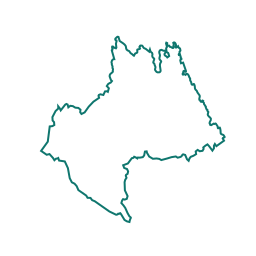 Qostanay, Equal Earth projection, rotated 73°
{"feature_id": "KAZ-3196", "entity_name": "Qostanay", "entity_type": "Region", "adm_level": 1, "iso_a3": "KAZ", "parent_name": "Kazakhstan", "parent_adm1": "", "projection": "equal_earth", "projection_center": [62.901, 51.427], "detail": "fine", "context": "isolated", "style": "outline", "palette": "teal", "viewbox_px": 256, "rotation_deg": 73, "n_neighbors": 0, "source": "natural_earth", "source_scale": "10m", "svg_char_len": 5535}
<svg xmlns="http://www.w3.org/2000/svg" viewBox="0 0 256 256"><g transform="rotate(73 128 128)"><path d="M165.7,40.5L168.2,39.9L171.2,48.8L168.7,49.6L170.1,51.0L172.6,51.8L174.3,53.9L169.2,55.7L166.9,56.8L167.5,59.1L168.6,61.7L170.1,61.8L171.6,63.4L171.2,66.2L169.3,67.8L170.2,70.1L172.9,70.5L173.7,73.6L173.9,76.4L175.1,78.1L177.1,79.6L175.2,80.7L170.5,81.2L169.3,83.0L169.7,84.0L170.4,84.7L171.0,86.0L171.0,87.2L170.9,89.2L169.2,90.6L168.6,94.9L168.6,99.4L168.4,105.5L166.7,107.1L165.5,109.6L164.7,113.2L161.5,116.1L157.3,117.1L155.8,117.0L155.5,118.7L159.0,120.6L160.2,122.4L159.8,125.4L159.4,126.4L159.1,127.5L159.8,128.0L159.2,128.6L158.3,129.3L157.3,130.5L158.1,131.5L158.0,133.2L161.9,138.5L162.2,143.5L165.1,143.3L167.0,140.9L169.6,140.6L171.7,141.8L172.2,143.5L173.0,144.1L175.2,144.0L176.7,145.8L178.8,147.1L186.7,149.2L193.0,148.3L195.4,149.9L195.5,152.1L194.6,153.5L195.6,154.8L197.8,156.3L200.6,155.0L203.6,154.0L209.2,153.3L212.8,152.5L214.4,151.5L215.1,151.8L216.1,152.8L218.3,154.1L217.0,156.3L214.9,158.2L208.5,159.8L207.2,160.3L207.2,161.3L207.5,161.8L207.1,162.5L207.6,163.3L207.5,164.7L202.4,170.2L188.3,181.2L186.5,183.4L183.9,184.3L182.9,187.1L180.4,187.7L172.9,193.6L168.5,194.1L165.6,195.4L163.5,197.6L158.9,198.4L148.8,197.2L141.5,198.2L139.0,203.4L136.3,203.5L136.5,204.3L136.3,205.8L137.3,207.8L134.7,208.5L130.0,210.7L129.8,213.6L124.5,217.8L117.6,208.7L103.6,202.4L104.1,199.7L103.6,197.6L100.8,197.0L98.8,197.9L95.5,197.1L90.6,192.3L89.0,189.0L86.9,188.4L89.3,187.5L91.5,187.2L87.3,181.2L87.0,179.9L87.9,178.9L90.8,179.0L89.9,176.7L91.0,174.3L93.1,172.5L94.3,169.6L96.6,168.1L98.9,169.1L101.0,168.4L100.4,164.9L96.1,159.3L92.7,153.3L90.7,146.8L88.6,146.8L87.9,146.2L87.7,144.6L89.2,141.9L86.3,139.3L86.7,137.4L87.5,136.7L84.4,134.7L81.7,136.0L80.2,134.2L79.7,132.6L79.5,131.2L78.4,129.6L77.1,130.3L73.4,130.5L72.3,130.1L71.6,129.6L71.1,128.9L70.2,126.7L69.7,126.0L68.9,125.9L68.0,125.4L67.2,125.1L66.0,125.3L65.8,125.2L65.0,124.9L64.5,124.8L63.0,124.9L62.5,124.9L61.6,124.6L60.5,124.6L60.1,124.5L59.5,124.0L58.8,123.6L58.6,123.3L58.3,122.8L58.0,122.2L58.0,121.3L58.1,121.0L49.0,120.8L48.8,120.7L48.7,120.5L48.6,120.0L48.3,119.9L46.0,119.6L45.5,119.3L45.6,118.7L45.9,118.4L46.9,118.0L47.3,117.8L47.4,117.5L47.4,117.1L47.5,116.9L48.2,116.4L48.3,116.2L47.7,115.6L43.9,114.9L41.7,113.6L40.9,113.4L40.7,113.6L40.5,114.1L39.9,114.3L39.3,114.2L38.8,113.9L37.9,112.1L37.7,111.6L37.7,111.2L38.1,110.5L42.4,110.5L45.6,107.9L47.3,106.8L49.0,106.2L50.2,106.3L51.4,106.5L52.6,106.4L53.7,105.7L54.6,104.6L55.0,104.3L57.0,103.7L57.5,103.4L58.6,102.5L59.0,102.2L59.9,101.8L60.6,101.2L58.9,99.4L58.8,98.9L58.7,97.8L58.6,97.3L58.4,97.1L58.2,96.9L56.2,96.4L55.8,96.2L55.7,95.7L55.8,94.5L55.8,93.9L55.7,93.5L55.6,93.3L53.9,93.4L53.6,93.2L53.4,92.6L52.9,92.4L52.8,92.1L52.9,91.5L53.4,90.4L54.3,90.0L55.3,89.8L56.2,89.4L57.1,88.4L57.4,88.0L61.2,85.4L59.4,84.1L61.1,84.1L61.9,83.9L63.3,83.0L64.1,83.0L64.8,83.1L65.5,83.5L66.1,83.7L66.8,83.8L67.5,83.7L68.0,83.5L69.1,82.8L69.6,82.7L70.2,83.0L72.3,84.5L72.9,84.7L73.6,84.4L74.0,84.1L74.4,84.0L75.3,84.1L77.5,83.9L78.3,84.1L79.7,85.0L80.5,85.1L82.1,84.6L82.9,84.1L83.4,83.5L83.8,82.2L83.9,81.6L83.7,80.9L83.2,80.3L82.5,80.0L77.9,79.3L76.4,78.8L75.1,77.8L74.3,76.9L73.8,76.8L71.8,77.6L71.0,77.7L70.3,77.5L68.2,76.3L67.4,76.1L65.4,76.1L64.4,75.9L63.6,75.3L63.1,74.7L63.0,74.0L63.0,73.3L63.4,72.7L64.4,71.6L64.7,70.9L64.8,70.1L65.2,69.8L65.7,69.7L66.3,69.8L66.7,70.1L67.7,71.3L68.3,71.6L68.9,71.6L69.5,71.4L70.6,70.5L71.1,70.1L72.0,69.8L71.4,68.0L71.2,67.6L70.9,67.6L68.5,67.6L67.9,67.7L66.9,68.7L66.2,68.8L63.2,68.3L62.8,68.1L62.2,67.3L61.2,67.0L58.2,66.9L57.6,66.4L58.2,65.7L60.4,66.3L61.1,65.8L61.2,64.8L61.3,64.5L61.7,64.4L62.5,64.3L62.7,64.0L63.0,63.4L64.5,62.0L64.6,61.4L64.0,61.1L62.7,60.6L62.3,60.1L62.1,60.0L61.7,59.9L60.3,59.8L59.8,59.8L59.7,59.5L59.6,59.2L59.7,58.9L59.8,58.6L60.2,58.2L60.7,58.0L61.7,57.8L62.4,57.8L63.4,58.0L64.0,58.9L64.4,59.1L64.8,59.1L65.1,58.6L65.2,58.2L65.1,57.7L64.6,56.7L64.4,56.2L65.6,56.1L66.2,55.9L67.0,55.1L67.5,55.0L69.2,55.2L69.5,55.4L70.1,56.4L70.5,56.6L72.1,56.8L72.1,57.7L72.3,57.9L72.7,58.0L73.1,58.0L73.3,57.7L73.5,56.8L75.5,56.8L76.1,57.1L76.4,57.1L76.8,56.7L77.1,56.6L77.8,56.8L77.9,57.4L77.9,57.7L78.1,57.9L78.5,58.2L79.3,58.3L81.6,58.4L81.6,56.2L90.3,55.9L90.8,56.0L91.0,56.3L91.0,56.9L90.0,57.3L89.8,57.7L89.8,58.2L90.2,58.6L91.3,59.1L92.1,59.9L92.4,60.0L92.7,60.0L93.0,59.9L93.1,59.7L93.0,58.9L92.9,58.7L93.1,58.2L94.0,57.4L93.5,56.8L93.3,55.9L93.9,55.2L94.9,54.8L95.8,54.6L97.6,54.5L98.8,54.1L99.2,54.2L100.1,54.5L100.7,54.6L102.5,54.2L104.6,54.4L105.2,54.2L105.5,53.7L105.5,53.3L105.3,53.0L105.1,52.5L105.4,52.0L106.1,51.9L107.4,51.9L109.8,52.4L110.6,52.3L111.2,52.1L112.3,51.5L112.9,51.3L114.3,51.2L117.8,50.0L118.6,50.1L119.2,50.3L120.9,51.3L121.8,51.5L122.0,51.2L122.7,51.0L123.5,50.9L124.2,50.6L124.5,49.9L123.8,49.2L123.5,48.8L123.6,48.6L124.1,48.2L124.5,48.5L125.2,48.6L126.0,48.1L126.3,48.1L127.2,48.3L127.7,48.2L128.7,47.8L129.4,47.7L129.8,47.6L130.2,47.3L131.0,47.6L133.1,47.4L133.4,47.3L133.8,46.8L134.8,47.0L135.3,46.9L136.2,46.5L137.8,47.5L138.5,47.8L139.2,47.8L140.6,47.3L141.9,46.5L143.2,46.0L144.6,46.5L146.3,48.1L147.0,48.5L147.3,48.6L147.6,48.6L148.2,48.3L148.8,48.5L149.0,48.5L149.6,47.6L148.9,44.8L149.4,44.2L149.3,43.7L149.3,43.0L149.6,42.7L152.3,41.9L152.9,41.8L154.1,42.1L154.5,42.0L154.7,41.4L154.4,40.5L154.5,40.1L155.1,40.0L157.2,40.2L160.1,40.9L160.7,40.8L161.3,40.4L161.9,39.6L162.5,38.9L163.1,38.6L164.7,38.2L165.1,38.4L165.3,40.1L165.7,40.5Z" fill="none" stroke="#0f766e" stroke-width="2"/></g></svg>